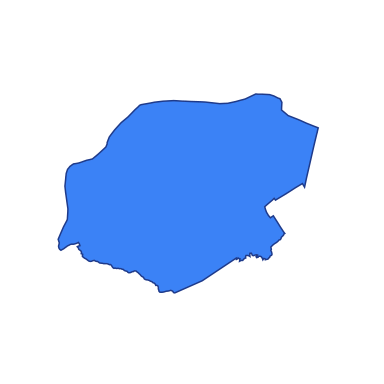 outline of Capital, Corrientes, Argentina, rotated 48°
{"feature_id": "61730980B72419299069197", "entity_name": "Capital", "entity_type": "district", "adm_level": 2, "iso_a3": "ARG", "parent_name": "Argentina", "parent_adm1": "Corrientes", "projection": "mercator", "projection_center": [-58.741, -27.521], "detail": "fine", "context": "isolated", "style": "filled", "palette": "blue", "viewbox_px": 384, "rotation_deg": 48, "n_neighbors": 0, "source": "geoboundaries", "source_scale": "gbopen_adm2", "svg_char_len": 4096}
<svg xmlns="http://www.w3.org/2000/svg" viewBox="0 0 384 384"><g transform="rotate(48 192 192)"><path d="M291.3,182.8L291.3,182.6L291.7,182.1L292.1,181.6L292.7,180.3L292.4,179.2L292.6,178.1L292.0,177.2L291.9,176.2L292.3,175.3L291.8,174.2L290.9,173.6L289.8,173.0L288.9,172.7L288.1,172.5L287.7,171.4L286.8,170.9L285.7,170.3L285.6,169.2L285.6,168.9L285.5,167.4L285.6,165.6L285.8,164.3L286.0,163.4L286.1,162.2L286.1,160.7L285.9,159.3L286.5,158.3L286.3,157.4L286.1,157.0L286.0,156.7L285.9,156.6L285.5,156.0L285.4,155.2L285.4,153.9L285.2,152.6L284.7,151.7L284.7,151.4L284.9,150.8L282.8,150.6L276.9,149.7L272.0,148.8L264.1,147.5L263.6,151.0L260.4,150.9L259.1,150.6L257.0,150.2L254.2,149.1L251.6,147.8L251.6,144.5L251.8,137.8L251.7,135.2L253.9,135.4L256.6,121.1L258.1,111.9L259.6,104.3L263.7,105.1L257.9,97.1L250.4,86.4L239.5,70.9L232.2,60.3L231.5,59.1L230.7,58.1L228.8,55.3L227.7,55.8L224.8,57.3L218.9,60.2L217.5,60.9L210.9,63.8L208.8,64.8L199.4,69.5L198.1,69.6L191.0,70.6L189.1,68.8L185.5,65.2L181.5,64.2L179.6,65.3L178.0,65.9L175.4,66.9L171.8,69.0L171.6,69.1L171.2,69.5L166.3,74.4L163.2,77.8L162.6,78.3L161.8,79.1L158.5,90.2L157.2,92.8L156.6,93.9L154.1,98.9L150.0,106.1L149.0,107.3L147.4,109.2L144.9,112.3L141.5,115.3L134.0,122.0L131.4,124.6L123.5,132.8L120.1,136.2L117.8,138.6L114.0,142.3L111.8,144.5L105.2,152.7L100.1,159.9L98.1,163.3L95.3,167.8L94.7,168.7L93.0,171.5L92.5,173.1L92.7,174.6L92.7,177.7L92.7,179.2L93.3,188.0L93.4,189.3L93.2,195.0L93.1,197.2L93.1,198.8L93.4,201.4L94.1,208.0L95.3,214.4L95.8,216.7L96.9,218.9L98.5,222.0L99.6,223.0L100.0,224.0L100.9,225.8L101.0,228.2L101.0,228.7L101.1,236.3L100.8,243.9L99.3,246.7L97.9,249.1L94.8,256.5L94.4,257.2L94.0,257.9L93.2,259.2L91.9,261.1L91.6,262.6L91.4,264.9L91.3,265.6L91.6,267.1L91.9,269.3L93.6,272.3L94.0,273.0L95.7,274.9L96.3,275.6L98.0,277.4L100.8,280.5L102.6,282.5L108.0,286.4L108.2,286.5L117.2,292.6L121.5,295.5L123.7,297.6L127.9,301.9L128.9,302.9L129.6,304.4L131.9,310.7L134.7,316.9L137.6,323.1L138.5,323.5L139.5,324.0L140.9,324.6L141.8,325.7L142.6,327.0L142.9,327.3L143.3,327.7L144.6,328.4L146.0,328.7L147.6,328.4L147.9,327.0L148.3,325.5L148.4,324.4L148.5,322.9L148.7,321.8L148.7,320.6L149.2,319.2L149.5,317.7L150.3,316.2L151.2,315.4L151.9,314.3L152.7,312.6L153.2,311.4L153.4,310.2L155.1,310.4L156.9,311.2L156.1,312.7L155.9,313.9L157.3,313.8L158.8,314.5L160.4,314.2L161.6,314.0L162.8,314.4L163.7,315.6L165.1,314.9L165.7,315.5L166.2,316.4L167.6,316.5L169.4,316.1L171.0,315.5L172.7,315.2L174.2,314.9L175.5,314.1L176.3,312.9L176.7,311.6L177.5,310.3L178.5,310.1L179.6,309.5L180.2,308.8L181.4,308.4L182.8,308.2L183.7,307.5L185.0,306.3L186.1,305.6L187.3,304.3L188.3,303.2L189.5,302.5L190.8,302.0L191.4,301.1L192.3,301.0L193.3,301.1L194.2,301.3L195.3,301.4L196.5,301.1L197.0,300.1L198.3,299.3L199.3,297.9L200.5,297.2L201.4,296.1L202.5,295.7L203.5,294.9L205.1,294.8L206.2,294.2L207.6,293.3L208.6,293.4L209.6,293.1L210.5,292.1L210.6,291.8L210.9,291.1L211.2,289.8L212.0,288.7L212.0,287.7L212.3,287.4L212.9,286.8L213.3,286.5L213.4,286.4L214.9,286.3L215.0,286.3L215.5,286.1L215.9,286.0L217.0,286.0L217.9,285.9L218.9,285.8L219.8,285.9L221.1,285.8L222.2,285.3L223.7,285.3L224.6,285.6L225.7,285.3L226.7,284.7L227.4,284.0L229.0,283.0L230.1,282.7L231.1,282.2L232.2,281.7L233.3,281.7L234.7,280.9L236.0,281.0L237.2,281.4L237.5,281.0L237.8,280.6L238.8,280.2L240.2,280.7L241.5,281.9L242.8,282.4L243.8,283.0L245.0,282.9L246.1,281.7L246.9,280.7L247.6,279.5L248.0,278.6L248.7,277.2L249.6,276.1L250.4,274.6L250.8,273.7L251.6,273.2L253.0,272.7L254.3,273.0L254.6,272.9L255.1,272.6L255.5,272.2L264.8,243.8L270.7,203.4L271.8,204.1L272.1,203.0L271.8,201.9L272.6,201.9L273.6,201.0L274.4,201.9L275.3,203.0L275.7,201.3L276.8,200.1L276.6,199.0L276.5,197.5L277.0,196.2L276.1,195.7L275.3,194.4L276.1,193.4L277.2,192.5L278.7,192.1L277.7,191.4L276.3,190.0L277.1,188.9L278.2,189.1L279.5,189.6L280.5,188.9L280.9,187.8L281.7,186.2L282.6,185.5L283.0,186.4L282.9,187.6L284.0,187.9L284.7,186.5L284.4,185.4L285.3,184.4L286.1,183.9L287.1,183.9L288.7,184.2L289.8,184.7L289.4,183.1L290.5,182.4L290.7,182.5L291.3,182.8Z" fill="#3b82f6" stroke="#1e3a8a" stroke-width="1.5"/></g></svg>